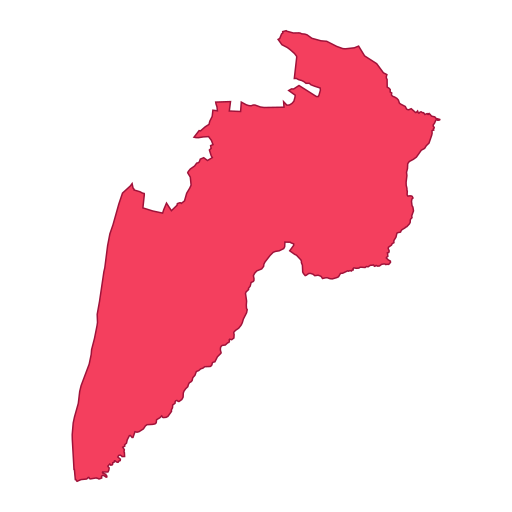 San José, Caldas, Colombia
{"feature_id": "7082276B53371478501914", "entity_name": "San José", "entity_type": "district", "adm_level": 2, "iso_a3": "COL", "parent_name": "Colombia", "parent_adm1": "Caldas", "projection": "albers", "projection_center": [-75.814, 5.065], "detail": "fine", "context": "isolated", "style": "filled", "palette": "rose", "viewbox_px": 512, "rotation_deg": 0, "n_neighbors": 0, "source": "geoboundaries", "source_scale": "gbopen_adm2", "svg_char_len": 6036}
<svg xmlns="http://www.w3.org/2000/svg" viewBox="0 0 512 512"><path d="M388.7,264.4L390.5,262.4L390.4,261.1L388.3,259.9L386.3,258.0L386.5,257.4L387.9,256.3L387.4,252.8L388.8,252.5L389.1,251.5L389.1,250.6L388.2,248.6L388.4,247.3L391.5,245.1L392.2,243.6L393.9,242.7L393.8,240.7L396.0,237.1L396.9,233.2L397.7,232.7L400.5,232.1L401.3,230.4L402.0,229.7L405.1,227.8L405.6,227.2L406.7,226.8L409.4,223.9L410.2,222.3L410.3,220.1L410.7,219.0L412.0,217.7L411.7,215.9L413.5,210.9L412.9,207.1L412.0,205.6L411.5,201.4L411.9,199.1L413.0,198.0L412.2,196.4L411.5,196.0L410.0,195.8L407.9,196.1L407.1,194.8L407.3,191.0L407.0,190.6L406.9,188.2L406.2,185.3L406.1,182.3L406.9,175.6L406.5,172.3L407.5,168.5L407.7,163.7L409.3,161.5L413.4,159.3L416.4,157.1L421.3,150.2L424.6,148.4L426.3,145.7L429.0,143.1L431.7,135.2L432.1,133.4L432.0,130.8L432.3,130.4L433.7,130.1L433.4,128.8L434.1,128.1L434.2,127.4L433.2,126.1L433.2,125.0L434.5,123.2L435.7,120.4L436.4,119.7L437.1,119.8L437.4,120.2L439.0,120.2L439.8,119.7L439.7,119.4L436.0,118.4L434.8,116.9L431.5,116.1L429.9,114.2L429.3,114.2L429.1,113.5L428.5,113.7L428.3,114.4L427.8,114.4L427.1,113.6L424.9,114.5L423.6,112.7L422.5,112.7L421.1,111.8L420.1,112.1L418.9,113.2L418.2,112.7L417.6,111.0L416.4,112.3L415.8,112.6L415.3,112.3L411.2,108.7L408.6,109.8L407.3,109.5L406.6,109.1L405.3,106.5L400.5,104.0L399.4,103.1L398.4,100.1L396.9,98.4L394.6,97.0L392.7,96.3L391.8,95.5L391.5,95.0L391.7,92.9L390.2,92.0L390.2,89.5L389.0,88.2L387.2,87.1L387.1,79.4L386.4,78.2L386.3,76.7L386.9,74.6L383.4,72.8L376.7,63.7L364.6,55.9L358.6,46.1L354.4,47.8L345.4,48.8L342.8,48.6L336.7,46.4L326.7,41.3L321.0,40.8L311.9,38.3L307.0,34.8L304.8,34.1L301.6,33.8L300.3,33.1L299.0,32.9L293.4,33.0L286.8,31.2L286.2,30.7L282.7,31.6L282.9,32.9L281.6,33.9L279.7,38.5L278.1,39.4L281.9,44.7L287.3,47.5L290.1,49.6L294.5,53.5L296.6,56.2L296.7,57.4L294.3,78.5L296.3,78.4L298.5,79.6L301.9,80.6L304.0,81.7L306.0,83.3L309.4,83.3L310.8,84.7L314.6,86.2L320.2,88.0L320.4,90.2L319.0,95.1L318.2,96.6L316.3,96.5L299.0,85.5L293.6,89.0L291.5,88.9L288.7,90.5L295.2,95.2L295.0,97.1L293.9,101.2L292.0,103.4L289.4,105.0L286.9,105.2L283.6,101.7L284.0,107.2L264.1,107.5L260.4,107.0L254.9,105.0L253.2,105.0L251.1,105.8L248.8,105.6L246.3,104.8L241.3,102.1L240.6,111.5L229.3,111.0L230.5,101.6L215.7,102.1L216.0,103.9L217.0,106.9L217.4,110.8L212.9,110.2L212.2,116.4L209.8,121.2L209.0,124.4L205.2,126.8L200.5,130.9L199.1,130.6L194.0,137.2L195.8,137.6L198.3,137.7L203.4,136.9L208.6,136.6L211.4,140.4L213.0,144.6L210.6,145.6L211.1,148.4L209.4,150.0L211.2,155.8L212.3,157.6L207.5,160.5L203.7,157.7L200.3,159.1L199.3,161.9L198.1,162.8L196.7,163.1L194.6,166.0L190.3,169.0L188.2,171.6L187.7,172.8L190.3,177.1L191.1,185.1L189.8,188.0L186.7,193.2L184.5,200.9L181.3,203.4L180.7,202.8L179.6,202.8L177.6,203.5L177.2,203.9L177.1,205.2L171.4,210.7L166.5,203.1L163.8,209.5L162.6,213.1L152.8,211.0L142.9,207.9L144.3,194.7L144.2,193.5L142.5,193.1L139.9,191.7L134.1,190.0L134.1,189.3L133.0,187.9L132.1,183.6L130.4,185.9L122.5,193.1L118.8,204.1L113.0,224.8L109.9,233.8L107.6,245.7L104.8,267.8L103.9,271.7L99.5,301.6L97.2,314.3L97.5,322.5L97.0,325.8L94.5,338.4L91.6,349.6L91.2,354.5L89.2,364.1L81.1,385.7L79.7,391.5L78.3,403.4L74.5,416.9L73.2,423.0L72.2,434.7L72.3,439.4L74.0,469.4L74.4,469.4L75.3,479.5L75.8,479.5L76.6,480.9L77.1,481.3L81.0,479.6L86.7,479.0L88.3,477.4L89.0,477.5L89.5,478.6L90.5,478.9L96.4,477.9L97.0,478.3L97.8,478.3L98.7,478.9L99.4,478.9L101.7,478.0L101.5,476.3L102.6,475.4L103.9,475.6L106.0,477.1L106.7,477.1L106.9,476.1L106.0,475.3L105.9,474.3L102.8,473.2L102.5,472.6L102.6,472.0L107.9,472.0L108.7,470.5L109.1,468.6L109.1,467.8L108.0,466.6L107.9,466.1L109.8,464.0L110.8,465.2L112.3,464.8L112.6,464.3L112.8,462.7L114.1,462.2L114.5,460.8L115.2,460.8L116.3,461.9L117.7,462.3L118.2,462.2L119.1,460.9L120.2,460.6L120.4,459.2L117.9,457.1L118.0,456.4L118.9,455.3L120.1,455.1L121.3,455.7L122.1,456.6L124.6,456.5L124.4,452.6L124.0,451.9L124.3,449.6L122.7,447.2L124.8,446.1L124.6,444.8L126.5,443.1L127.2,439.9L129.4,435.6L130.4,435.5L132.1,437.5L133.0,437.4L135.0,431.7L137.0,432.2L139.0,431.7L143.4,428.9L145.4,425.9L147.0,424.7L152.4,424.4L155.0,423.9L156.2,422.8L156.6,419.7L159.8,417.8L161.7,415.9L162.7,417.4L163.6,417.6L166.2,417.3L167.9,416.4L171.5,411.4L171.4,409.9L172.5,407.8L172.7,405.0L175.0,403.3L175.2,401.5L175.8,400.8L176.9,400.4L178.2,401.4L179.0,401.5L181.7,399.6L182.3,398.7L183.1,397.1L183.3,393.0L184.0,391.1L185.7,388.7L187.8,386.7L188.4,384.5L189.4,382.7L191.0,381.8L192.1,380.6L192.8,377.7L195.0,375.2L196.2,371.8L197.0,371.2L198.7,370.6L200.6,368.9L203.0,368.1L204.7,366.7L210.1,366.5L210.8,366.2L211.9,364.9L212.3,362.9L213.2,362.2L214.9,361.8L217.4,356.8L220.9,353.3L221.1,352.7L220.4,350.1L220.4,348.7L220.6,347.3L221.4,346.0L222.3,345.4L225.3,345.0L227.7,342.8L228.9,342.4L229.4,341.2L229.2,339.8L229.7,339.2L231.7,339.7L233.9,338.0L234.1,334.5L233.7,332.8L234.1,331.8L235.6,330.3L238.7,328.2L241.2,325.0L242.3,322.7L243.4,319.0L246.6,312.7L247.2,309.6L246.5,308.4L246.3,305.2L246.6,301.1L245.5,293.4L246.1,291.9L248.6,289.5L248.5,288.3L250.2,286.1L251.1,282.5L253.2,281.5L253.9,280.6L254.0,278.7L253.4,275.7L254.6,273.3L256.8,270.9L261.7,268.9L263.6,266.4L263.9,264.1L265.0,262.0L270.1,255.4L273.2,252.3L275.5,251.4L279.2,250.8L283.7,248.6L284.7,246.7L284.9,242.1L290.3,242.2L290.9,242.8L293.7,243.9L293.7,245.3L289.7,250.8L294.6,254.3L296.5,255.2L300.8,259.8L301.4,261.1L301.4,262.7L302.4,265.2L302.7,272.0L303.5,273.6L305.2,275.6L306.3,275.2L308.7,273.5L310.5,273.4L313.0,274.2L314.8,275.7L318.1,275.2L320.3,276.0L321.2,276.5L322.5,278.5L325.5,277.8L327.2,277.7L330.0,278.7L332.3,278.9L336.8,277.6L338.5,276.8L340.5,273.4L342.7,273.2L347.8,270.8L348.5,271.2L350.0,270.6L351.5,271.0L352.2,270.1L353.2,269.9L353.1,268.5L353.9,267.9L356.3,268.3L358.9,268.1L360.0,267.3L360.9,267.2L365.1,267.5L366.4,266.5L368.1,266.8L370.3,265.3L372.5,265.2L373.2,264.9L373.8,265.2L374.3,266.2L374.8,266.3L376.1,265.4L377.4,266.1L379.4,266.0L381.7,264.3L383.6,264.0L384.9,264.0L385.8,264.6L386.8,264.3L388.7,264.4Z" fill="#f43f5e" stroke="#9f1239" stroke-width="1.5"/></svg>